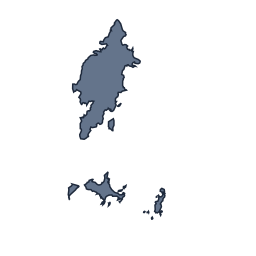 the district of Ko Kut, Trat, Thailand, rotated 208°
{"feature_id": "78962969B85434613183217", "entity_name": "Ko Kut", "entity_type": "district", "adm_level": 2, "iso_a3": "THA", "parent_name": "Thailand", "parent_adm1": "Trat", "projection": "albers", "projection_center": [102.496, 11.71], "detail": "fine", "context": "isolated", "style": "filled", "palette": "slate", "viewbox_px": 256, "rotation_deg": 208, "n_neighbors": 0, "source": "geoboundaries", "source_scale": "gbopen_adm2", "svg_char_len": 5843}
<svg xmlns="http://www.w3.org/2000/svg" viewBox="0 0 256 256"><g transform="rotate(208 128 128)"><path d="M152.6,162.8L154.8,167.1L154.9,168.7L155.4,169.2L155.1,170.8L156.6,172.4L158.7,172.3L159.8,176.1L159.2,177.7L159.8,181.4L158.9,182.4L158.1,182.2L158.1,183.4L157.6,183.9L156.0,183.4L153.8,184.0L152.1,183.9L151.0,185.8L150.4,186.0L151.3,186.2L153.7,185.5L154.4,186.4L154.2,188.3L153.2,189.4L152.2,188.4L149.2,189.5L148.2,190.9L148.4,192.3L148.9,192.9L151.0,193.3L155.4,192.9L156.6,193.4L158.0,194.6L158.9,196.5L159.2,198.0L160.1,197.5L160.9,197.9L161.0,198.5L160.6,198.8L160.9,200.3L161.3,200.8L161.3,198.8L163.2,197.2L163.8,197.9L165.3,197.3L167.2,198.8L166.8,200.2L168.9,200.6L170.3,200.0L171.4,198.7L172.5,199.0L175.4,201.9L174.9,206.3L174.5,207.2L173.5,208.1L173.5,209.5L174.4,209.9L175.0,211.2L177.7,211.4L179.2,212.3L183.4,216.6L186.9,218.4L188.4,218.5L188.8,217.8L189.3,214.2L188.7,214.0L188.5,213.0L190.0,208.5L189.6,207.4L188.4,206.2L189.4,206.0L188.8,204.7L188.9,202.9L188.3,199.2L190.4,197.1L190.7,194.1L190.3,192.6L193.1,191.5L193.2,190.8L192.6,189.5L190.3,189.5L186.5,192.2L184.9,191.3L185.4,190.9L185.4,187.8L185.9,186.9L187.3,187.1L187.7,186.2L187.4,185.2L188.6,184.7L189.4,184.9L190.0,184.5L189.4,184.0L188.6,183.9L187.7,182.6L188.8,182.1L190.2,182.0L190.8,181.4L191.6,181.6L192.5,181.3L194.3,179.5L194.2,178.6L192.1,178.2L191.0,178.8L189.6,178.2L189.6,177.7L191.5,176.5L192.6,176.4L194.9,174.6L196.1,171.4L195.9,170.1L197.2,167.7L197.0,166.2L197.8,164.0L197.2,162.2L197.5,160.8L196.2,158.8L195.9,156.7L194.7,154.2L194.5,152.0L192.9,148.3L193.7,145.9L193.7,142.5L194.7,141.7L196.1,141.6L197.4,140.8L195.4,136.8L192.8,134.2L192.4,135.4L191.6,135.9L191.4,137.7L186.7,137.7L185.8,136.6L185.6,135.7L185.8,132.0L184.1,131.6L183.1,130.5L182.6,128.6L180.3,127.0L179.9,127.0L179.6,129.3L178.7,129.7L178.0,129.3L177.4,130.0L176.0,129.9L175.2,128.8L175.0,133.4L173.6,133.7L172.6,134.9L170.8,135.5L171.0,134.4L170.6,133.6L171.3,130.6L170.4,129.0L170.7,127.9L169.7,126.6L170.1,125.0L171.1,124.6L171.9,123.5L170.8,120.6L171.5,118.7L172.9,119.0L172.1,116.3L172.8,115.8L173.5,116.1L173.8,115.3L175.0,114.7L172.2,112.4L172.2,109.4L169.8,105.0L169.0,105.1L168.4,104.7L167.8,103.6L167.5,99.5L166.6,98.1L164.7,96.3L161.4,97.5L160.3,99.2L159.4,101.7L159.0,101.8L159.0,102.3L160.1,102.9L160.3,104.7L159.7,108.4L160.9,108.9L161.2,111.4L159.5,111.7L156.6,114.1L156.6,115.3L157.6,116.3L156.7,118.3L156.1,118.5L154.5,118.0L153.3,119.4L153.2,120.9L154.1,122.9L154.2,124.5L156.0,126.6L155.9,129.3L157.1,130.7L156.6,133.3L155.5,133.5L154.8,135.2L154.0,135.6L154.4,136.2L153.2,136.0L152.0,136.4L151.5,135.8L152.1,135.0L150.9,134.7L149.8,135.2L149.0,136.7L149.2,142.7L150.7,143.7L150.6,145.9L151.5,145.4L152.8,147.9L152.5,149.7L151.8,150.7L152.0,152.3L152.5,153.4L153.0,153.6L153.3,154.9L150.9,156.1L150.4,157.8L147.1,160.7L147.7,160.9L148.9,160.5L150.1,161.8L151.1,161.5L151.5,162.3L152.6,162.8ZM115.9,50.5L115.9,48.3L114.9,49.3L114.1,49.3L114.0,48.8L113.6,49.9L113.6,50.6L114.0,50.4L114.3,50.9L113.8,52.2L114.5,52.8L115.2,56.3L114.8,57.7L113.3,59.8L110.7,61.3L109.6,60.5L105.8,62.6L103.7,62.2L103.4,59.5L102.2,60.7L102.7,61.5L102.3,62.0L100.5,61.8L99.9,60.8L99.6,62.6L100.1,62.9L99.9,65.1L99.3,65.7L99.3,66.3L99.5,67.1L100.1,67.3L100.3,68.7L101.6,68.8L102.1,67.9L101.4,67.4L101.5,66.6L102.3,65.9L102.8,66.0L103.7,65.1L106.3,65.5L109.6,64.9L113.6,66.0L116.5,67.7L117.7,69.3L118.9,69.8L119.2,70.8L119.8,70.3L120.2,70.5L120.6,71.5L119.9,72.3L120.2,73.3L120.9,73.4L120.6,74.2L121.8,74.4L122.2,73.8L123.1,73.9L124.8,79.3L125.1,79.4L126.6,75.1L124.9,72.9L124.1,69.5L124.6,67.8L125.3,67.6L125.1,66.3L125.4,65.4L126.6,64.2L127.5,63.8L129.0,63.8L131.4,64.6L134.4,63.8L134.9,64.2L134.8,66.1L135.5,65.9L137.7,63.5L137.3,62.0L138.5,60.8L138.4,59.6L139.7,57.3L137.3,56.0L136.1,54.7L134.4,54.9L131.7,56.2L129.7,55.4L128.7,56.2L125.6,56.4L124.5,56.0L124.6,55.1L123.9,55.9L123.6,55.6L122.6,56.1L121.6,56.0L121.1,54.9L119.5,54.9L119.5,53.8L118.8,53.3L118.4,54.0L117.6,54.0L116.9,53.7L116.8,53.4L116.3,53.5L115.3,53.0L115.0,51.7L115.9,50.5ZM64.3,66.7L63.7,66.2L63.4,66.7L62.3,66.7L61.2,69.0L61.5,74.1L62.7,75.7L63.8,76.1L63.6,79.2L63.1,80.0L63.9,82.3L63.3,84.2L63.8,85.8L64.6,86.3L64.6,87.6L65.0,87.8L66.0,86.5L66.9,86.4L65.9,85.6L65.9,84.0L66.6,82.6L68.2,82.1L68.2,81.0L67.5,79.8L67.3,77.3L68.8,76.2L69.1,75.3L67.6,74.4L68.0,72.6L65.7,68.8L65.3,66.8L64.3,66.7ZM150.6,52.1L150.7,50.4L152.3,47.2L151.2,45.7L149.5,41.2L148.0,39.6L147.8,41.7L145.3,48.7L145.1,50.4L144.0,52.7L144.0,53.5L144.4,53.6L144.6,53.0L145.4,53.1L145.5,53.5L151.0,52.3L150.6,52.1ZM142.8,119.0L140.6,118.3L140.1,118.6L141.5,121.0L141.7,123.8L143.8,127.8L145.3,129.3L148.1,124.4L145.9,120.0L144.6,119.4L144.5,118.5L142.8,119.0ZM69.8,90.6L70.5,88.9L69.9,87.3L68.0,87.3L65.9,88.3L66.0,89.2L67.2,90.7L69.8,90.6ZM103.9,72.7L103.1,72.7L103.2,73.1L102.4,74.6L102.8,76.2L103.6,74.8L104.5,74.2L103.9,72.7ZM106.7,68.6L107.0,67.9L106.7,67.2L105.9,68.2L104.7,68.8L104.1,69.7L104.1,70.7L106.7,68.6ZM145.6,146.7L146.9,144.2L146.7,143.1L147.4,142.7L147.3,142.4L146.7,142.5L145.8,143.5L145.6,146.7ZM109.0,53.7L109.1,53.2L109.9,52.6L109.3,52.2L108.7,50.2L108.2,51.7L108.6,53.5L109.0,53.7ZM64.8,60.7L65.0,59.5L64.2,58.7L63.7,59.1L63.7,59.9L64.8,60.7ZM59.4,67.7L59.4,67.1L58.2,66.2L58.3,67.1L59.4,67.7ZM74.4,62.1L74.7,61.3L74.5,60.8L73.9,61.0L73.7,61.7L73.8,62.2L74.4,62.1ZM60.2,69.0L60.4,68.3L59.7,67.8L59.3,68.6L60.2,69.0ZM59.8,70.0L58.9,69.7L58.5,70.0L58.7,70.5L59.4,70.6L59.8,70.0ZM71.4,62.3L70.7,62.6L70.6,62.9L71.1,63.1L71.6,62.7L71.4,62.3ZM69.5,83.0L69.7,82.4L69.1,82.2L69.0,82.7L69.5,83.0ZM70.5,81.0L70.7,80.5L70.5,80.2L70.1,80.6L70.5,81.0ZM70.8,64.0L70.8,63.6L70.0,63.0L70.1,63.4L70.8,64.0ZM101.0,58.8L100.5,58.6L100.7,59.2L101.0,58.8ZM147.7,39.3L147.7,38.8L147.3,38.5L147.2,38.8L147.7,39.3ZM146.6,38.1L146.7,37.7L146.4,37.5L146.3,37.9L146.6,38.1Z" fill="#64748b" stroke="#1e293b" stroke-width="1.5"/></g></svg>